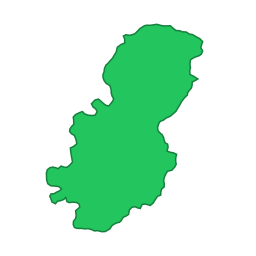 the district of Santa Cruz do Escalvado, Minas Gerais, Brazil, rotated 349°
{"feature_id": "56859067B58472062151824", "entity_name": "Santa Cruz do Escalvado", "entity_type": "district", "adm_level": 2, "iso_a3": "BRA", "parent_name": "Brazil", "parent_adm1": "Minas Gerais", "projection": "albers", "projection_center": [-42.82, -20.229], "detail": "fine", "context": "isolated", "style": "filled", "palette": "green", "viewbox_px": 256, "rotation_deg": 349, "n_neighbors": 0, "source": "geoboundaries", "source_scale": "gbopen_adm2", "svg_char_len": 2576}
<svg xmlns="http://www.w3.org/2000/svg" viewBox="0 0 256 256"><g transform="rotate(349 128 128)"><path d="M205.9,93.2L202.4,89.8L199.1,87.3L199.5,83.5L200.8,80.9L201.0,77.1L202.3,73.0L205.5,71.7L207.9,71.1L211.2,70.7L214.0,69.6L216.0,66.6L214.8,63.2L215.8,60.8L217.8,57.5L215.6,54.1L212.1,51.2L209.0,48.5L206.1,47.5L203.5,44.9L199.5,43.9L197.4,42.4L193.8,41.5L191.2,38.6L189.1,35.7L185.0,35.1L181.8,34.4L179.3,33.3L176.0,31.7L172.9,31.6L169.0,31.4L166.4,30.7L163.9,30.7L161.3,31.6L158.5,32.8L155.9,34.7L152.7,36.8L147.7,37.4L143.8,36.1L141.0,36.8L141.7,40.2L141.0,43.9L137.1,44.7L132.9,46.7L130.8,51.4L128.0,54.3L126.2,56.5L123.5,58.4L121.1,60.4L118.3,62.1L116.2,65.2L115.2,68.3L113.6,70.8L113.1,74.1L113.6,76.8L114.9,79.8L118.2,82.9L118.8,86.7L118.2,90.4L118.5,93.8L119.5,96.7L118.0,98.8L115.8,100.7L113.5,102.7L110.6,101.5L108.7,99.4L106.9,97.0L104.5,94.0L101.0,94.2L96.7,97.3L97.8,100.9L100.0,103.1L100.8,106.2L98.2,109.1L95.2,108.9L91.2,107.8L88.1,105.8L86.4,103.2L83.6,103.6L79.2,104.7L76.3,106.9L76.2,109.6L75.5,113.9L72.8,115.9L70.8,117.9L70.0,120.3L71.4,122.9L73.9,125.0L74.8,129.7L74.7,133.7L71.1,135.7L67.6,136.6L67.3,140.0L67.1,144.1L67.1,147.3L67.0,150.8L64.2,153.0L61.0,154.8L58.5,154.6L55.1,152.6L51.6,154.6L49.5,153.2L46.7,152.0L43.7,152.1L40.8,153.6L39.3,156.6L38.8,159.9L38.2,163.5L38.7,167.5L41.2,170.0L45.5,171.2L48.8,172.3L51.2,175.1L48.5,176.7L45.7,177.3L42.9,178.4L39.8,178.0L38.2,180.0L38.9,183.0L39.2,186.1L42.3,188.5L44.8,186.4L47.9,186.5L51.2,185.9L53.6,184.3L54.0,188.6L56.0,190.0L59.7,190.3L63.3,191.3L65.4,193.2L65.6,196.4L63.3,197.8L60.8,199.2L60.4,204.0L59.4,206.7L56.7,209.1L55.8,212.4L56.5,215.4L58.7,216.8L63.0,217.6L66.4,218.8L69.8,219.2L73.2,221.0L75.4,222.6L78.7,223.0L82.5,224.8L86.0,225.3L90.9,223.6L93.6,220.8L96.4,219.6L98.9,219.0L101.7,218.9L103.8,217.5L106.1,214.8L109.5,214.0L112.1,212.9L113.7,208.7L116.8,206.6L119.8,206.6L122.3,208.3L124.7,209.3L127.4,205.6L130.9,206.1L135.0,208.3L138.2,206.6L141.2,203.4L144.1,200.6L147.3,200.1L148.0,197.2L149.4,194.3L152.2,192.8L153.0,189.9L152.9,186.6L154.2,183.5L156.2,180.5L158.5,178.0L163.0,177.8L166.3,175.4L168.4,172.8L168.4,170.2L169.1,166.5L170.7,163.1L167.9,161.1L164.9,159.9L161.9,158.1L163.7,154.4L163.8,151.4L161.6,149.6L161.2,146.8L161.1,144.1L160.2,141.1L158.5,139.0L156.9,136.2L157.2,133.0L158.9,129.8L160.6,127.8L164.3,127.0L167.6,125.4L171.4,124.6L174.9,122.8L178.3,120.7L180.5,118.2L183.0,115.5L185.8,112.1L189.3,109.1L192.4,107.0L193.5,104.6L195.5,102.7L197.9,100.8L199.2,97.9L199.8,95.2L202.5,94.4L205.9,93.2Z" fill="#22c55e" stroke="#15803d" stroke-width="1.5"/></g></svg>